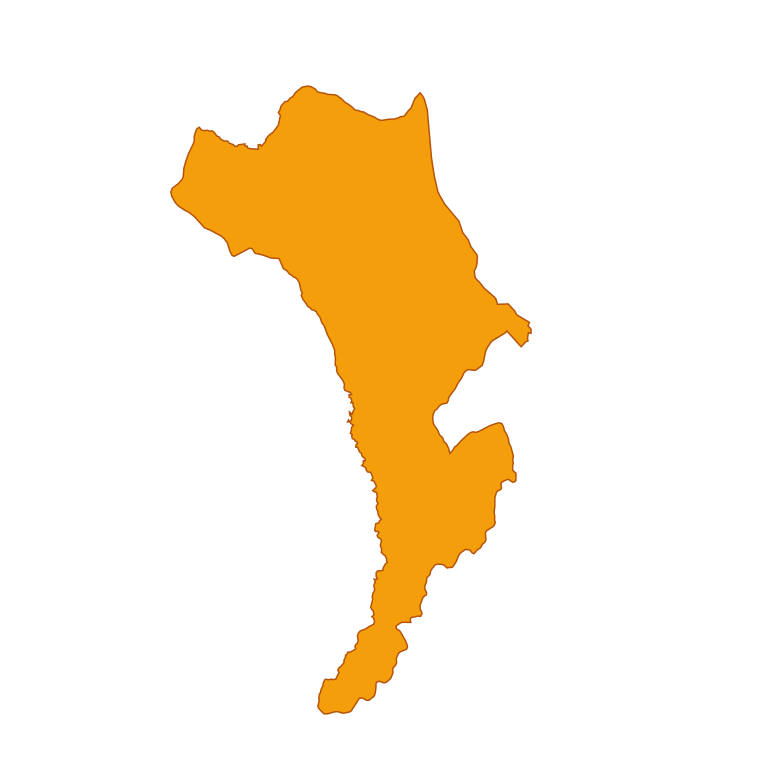 Webuye West, Western, Kenya, rotated 345°
{"feature_id": "3690345B24019880317128", "entity_name": "Webuye West", "entity_type": "district", "adm_level": 2, "iso_a3": "KEN", "parent_name": "Kenya", "parent_adm1": "Western", "projection": "mercator", "projection_center": [34.696, 0.598], "detail": "fine", "context": "isolated", "style": "filled", "palette": "amber", "viewbox_px": 768, "rotation_deg": 345, "n_neighbors": 0, "source": "geoboundaries", "source_scale": "gbopen_adm2", "svg_char_len": 6139}
<svg xmlns="http://www.w3.org/2000/svg" viewBox="0 0 768 768"><g transform="rotate(345 384 384)"><path d="M330.2,288.9L332.6,291.6L333.3,293.5L334.9,294.3L337.3,296.5L337.7,298.9L339.5,303.2L339.8,308.9L341.2,311.9L342.2,322.1L344.3,331.9L344.9,336.6L345.0,339.0L344.0,342.9L344.1,345.1L341.8,353.1L342.6,355.1L341.7,359.3L342.0,362.0L345.0,369.3L345.8,373.8L344.3,377.7L344.7,380.1L349.4,383.6L349.9,385.7L347.3,385.4L347.0,387.9L348.5,389.2L348.6,391.7L347.2,393.6L349.1,393.9L348.5,397.9L349.4,399.9L346.5,403.1L345.9,404.8L343.1,404.9L344.2,407.9L343.3,410.2L341.0,411.7L342.4,414.4L343.9,415.9L341.4,417.6L340.3,420.7L338.7,423.0L340.2,424.4L339.3,426.2L339.3,428.6L341.1,429.8L341.4,431.8L343.1,432.9L342.9,434.7L341.3,435.4L340.5,437.8L342.1,438.1L342.8,443.3L344.3,445.5L344.1,447.8L346.5,451.7L345.8,453.4L344.2,452.8L343.2,455.8L341.4,457.1L343.5,458.5L344.7,460.6L344.5,462.4L345.4,464.7L348.0,465.7L348.7,467.6L348.8,472.0L346.9,473.9L349.1,475.1L350.3,480.5L349.2,482.1L345.5,484.1L347.0,485.8L348.9,486.9L348.2,491.5L346.9,493.4L346.7,495.9L347.4,497.9L344.9,500.0L344.6,502.7L345.0,505.2L344.6,508.9L345.2,511.6L346.6,513.9L344.6,514.8L342.8,516.7L339.9,516.8L337.1,523.0L338.0,524.6L339.7,524.6L340.8,525.9L338.2,528.5L338.3,530.2L340.9,533.2L340.7,535.5L339.1,538.1L338.5,540.0L339.2,542.1L337.8,546.0L340.8,550.7L341.2,553.5L340.7,555.5L340.9,557.4L338.7,558.2L335.4,561.7L334.6,563.8L329.4,562.9L327.6,564.1L326.6,568.1L327.3,570.3L325.6,570.9L324.1,569.9L324.1,573.5L322.6,574.9L321.9,577.0L322.0,579.6L320.6,582.1L319.1,583.3L317.6,586.5L317.3,589.2L313.4,596.2L313.6,597.8L314.8,600.4L314.8,602.8L314.0,604.8L312.1,605.5L313.1,606.9L313.5,609.3L313.2,611.4L311.6,613.5L307.3,614.3L302.0,616.0L297.3,616.3L295.0,617.8L293.2,620.2L292.6,625.2L291.3,627.4L289.1,628.5L288.0,630.2L288.2,632.2L286.4,633.2L282.1,634.2L279.5,633.7L278.4,635.4L276.7,636.1L275.9,638.2L274.1,640.1L273.1,642.9L269.2,645.7L267.1,646.4L265.4,648.3L265.8,651.0L261.1,656.5L258.6,656.4L256.4,655.4L254.2,655.4L250.8,654.0L248.0,656.9L247.0,659.4L243.7,663.4L242.9,665.4L241.4,666.8L239.7,670.6L239.6,672.8L236.8,678.0L236.9,680.1L237.9,682.3L240.8,687.2L244.7,688.0L251.6,687.9L254.5,688.5L258.4,691.0L260.9,691.6L265.5,691.9L267.6,691.4L278.9,681.2L281.3,681.6L283.2,682.7L284.9,684.8L287.6,685.6L293.3,683.2L295.0,681.3L297.0,676.9L298.9,670.9L300.6,669.8L302.4,669.9L306.6,672.7L308.9,672.7L313.0,670.9L314.8,669.5L317.9,665.3L318.9,660.9L322.6,658.4L323.9,656.9L325.0,652.0L328.0,648.2L330.1,646.9L336.8,646.1L338.4,644.7L338.8,642.4L338.4,637.9L335.8,627.8L335.0,626.0L333.5,624.9L332.6,623.0L333.2,620.7L338.2,619.0L339.9,618.9L348.2,621.2L348.3,618.2L349.6,616.7L356.9,617.0L359.2,618.0L361.2,615.7L361.3,613.4L360.7,611.7L361.5,607.2L366.6,600.0L370.4,598.6L371.1,596.6L370.4,592.0L371.1,589.8L373.8,586.2L375.1,582.4L379.1,580.0L380.7,576.6L382.4,575.0L386.7,571.9L389.0,571.8L393.0,573.1L394.9,574.3L397.4,578.1L399.8,578.1L401.6,578.7L403.3,578.4L408.0,574.0L411.2,569.7L413.1,567.8L414.8,566.7L420.1,564.8L424.1,566.8L425.5,570.0L427.0,571.2L431.1,568.4L434.9,567.2L437.2,564.5L440.8,562.7L442.1,561.0L443.4,554.0L445.1,552.3L452.8,549.8L454.5,548.3L455.7,546.4L455.6,544.1L456.8,540.1L457.1,536.6L459.2,531.4L461.8,522.2L464.7,517.6L466.3,516.6L468.4,516.4L470.3,515.4L471.4,510.1L473.0,509.1L477.6,508.2L479.7,508.5L482.8,512.2L484.9,512.3L486.4,511.3L488.4,504.5L486.0,500.6L486.9,497.1L488.5,493.6L488.6,490.8L490.3,487.0L490.3,477.7L489.5,474.0L489.9,469.8L489.5,464.3L488.3,460.6L488.3,455.8L487.5,452.5L484.4,451.1L481.7,451.2L475.6,451.6L462.9,454.4L460.3,454.5L457.9,453.3L455.6,453.2L452.3,454.2L444.2,458.5L437.9,462.6L436.1,463.0L433.2,465.9L429.6,468.1L429.7,462.9L429.1,459.2L428.3,457.0L427.0,455.3L426.8,451.3L424.4,447.1L424.0,442.9L421.6,436.1L421.5,434.0L422.1,429.9L423.7,425.9L426.4,422.7L428.3,422.2L431.5,419.7L433.6,418.7L436.0,418.4L439.7,418.8L441.6,416.8L442.7,414.5L444.3,412.6L451.1,407.4L456.2,401.9L460.5,398.3L464.0,394.1L465.9,392.7L467.7,392.1L469.9,392.1L474.1,394.0L476.5,394.3L483.6,391.5L486.3,387.4L490.4,379.1L493.2,375.6L499.1,370.5L514.7,365.9L516.4,364.6L526.1,383.5L531.9,379.9L534.3,379.6L534.4,377.1L536.8,371.8L539.1,373.1L540.2,369.0L538.2,365.0L540.4,362.2L530.0,351.4L529.2,347.4L524.7,338.8L514.2,336.4L514.2,331.5L513.3,328.9L505.2,316.8L502.9,311.1L500.0,306.0L499.6,303.8L500.5,298.2L503.4,294.8L505.0,291.7L507.1,285.4L507.2,283.2L503.4,273.7L502.7,266.6L499.3,258.5L498.5,246.1L489.2,226.1L486.4,215.5L485.8,211.6L486.4,196.2L488.4,177.8L496.7,130.8L496.7,119.4L495.7,115.4L494.3,112.1L488.1,115.9L481.4,124.5L477.7,126.7L472.9,130.5L468.8,130.1L466.8,130.7L462.4,130.7L457.6,129.6L450.2,128.8L448.1,127.9L446.0,126.2L444.1,124.0L437.6,119.1L435.0,116.1L432.8,115.3L429.4,112.8L427.3,112.3L424.6,107.9L421.4,103.9L419.6,102.3L415.9,96.2L414.6,95.2L413.6,93.5L412.0,92.2L404.1,89.5L402.7,88.3L395.6,84.9L393.8,81.1L390.5,78.0L387.9,76.6L383.3,76.1L380.9,76.3L379.5,77.2L377.1,78.0L373.4,80.0L370.2,82.9L367.7,83.4L364.0,86.0L361.4,85.6L356.6,88.8L354.4,92.4L352.2,94.4L353.4,97.9L348.8,106.8L342.1,112.0L336.8,114.2L333.2,117.1L332.2,119.3L327.0,122.6L326.5,120.7L324.3,120.4L323.4,124.7L315.3,122.0L313.3,120.6L313.5,118.9L311.3,118.1L311.8,116.1L305.4,115.3L303.8,116.4L301.5,115.8L300.4,113.8L296.8,111.2L295.8,108.8L292.4,107.9L289.5,105.0L288.8,102.7L286.7,101.2L285.0,96.7L283.4,94.9L281.0,94.6L279.2,93.3L276.1,92.7L273.5,91.6L272.0,88.2L269.5,89.0L267.9,90.7L265.0,95.2L263.7,99.8L262.6,101.8L254.8,110.9L250.0,117.9L246.6,123.7L243.8,131.6L242.2,133.9L237.4,137.1L230.2,140.1L227.8,143.4L227.6,147.9L229.5,155.1L231.8,159.2L236.3,164.4L239.8,167.5L244.3,173.4L251.0,186.6L255.9,190.4L265.0,198.9L266.8,201.4L269.1,206.8L269.6,216.1L270.6,220.6L272.5,221.9L289.4,218.0L291.7,219.2L293.3,224.4L300.1,227.9L307.2,232.9L315.1,235.7L316.7,246.6L319.5,249.5L321.3,253.6L322.9,254.8L324.0,256.9L325.7,258.1L327.1,259.9L328.4,263.9L328.0,271.8L328.5,273.9L328.2,275.5L327.0,276.9L327.7,281.6L329.9,286.8L330.2,288.9ZM341.0,411.7L340.5,409.6L338.9,411.1L341.0,411.7ZM343.1,404.9L344.6,403.7L343.4,402.1L343.1,404.9Z" fill="#f59e0b" stroke="#b45309" stroke-width="1.5"/></g></svg>